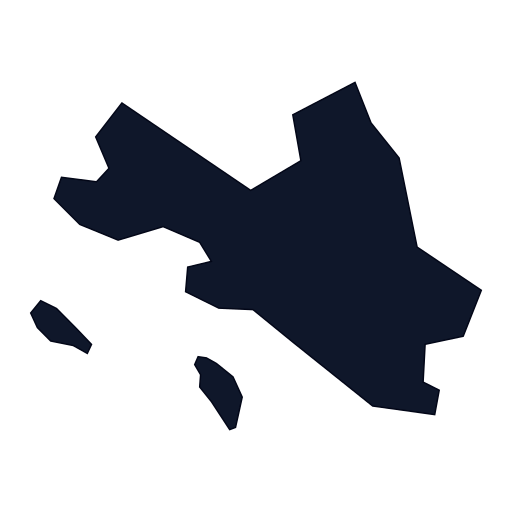 outline of Port Glaud
{"feature_id": "SYC-5218", "entity_name": "Port Glaud", "entity_type": "state/province", "adm_level": 1, "iso_a3": "SYC", "parent_name": "Seychelles", "parent_adm1": "", "projection": "equal_earth", "projection_center": [55.401, -4.652], "detail": "fine", "context": "isolated", "style": "filled", "palette": "ink", "viewbox_px": 512, "rotation_deg": 0, "n_neighbors": 0, "source": "natural_earth", "source_scale": "10m", "svg_char_len": 766}
<svg xmlns="http://www.w3.org/2000/svg" viewBox="0 0 512 512"><path d="M434.7,414.6L372.7,406.0L293.6,342.7L253.0,309.6L218.8,308.1L185.6,291.7L187.7,267.1L211.4,261.4L199.7,242.3L163.1,226.6L118.1,240.1L79.8,224.4L54.0,198.6L61.5,177.3L96.5,181.8L109.0,168.3L95.7,136.9L121.9,103.0L250.7,190.4L300.9,160.7L292.8,114.8L355.0,82.4L371.0,122.9L399.1,158.0L417.1,247.1L481.3,290.3L463.2,336.2L425.1,344.3L423.1,382.1L439.2,390.2L434.7,414.6ZM206.4,357.9L216.4,363.5L233.0,376.9L242.2,397.1L238.0,416.2L235.5,427.4L229.7,429.6L211.4,401.6L199.7,387.0L200.6,374.7L194.7,364.6L198.1,356.7L206.4,357.9ZM40.7,300.7L56.5,308.5L76.5,328.7L91.5,344.4L87.3,353.4L73.2,345.5L50.7,341.0L37.4,327.6L30.7,313.0L40.7,300.7Z" fill="#0f172a" stroke="#020617" stroke-width="1.5"/></svg>